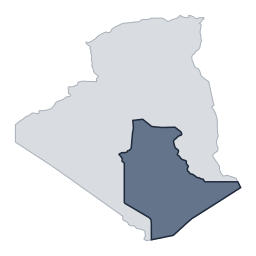 where Tamanghasset sits in Algeria
{"feature_id": "DZA-2189", "entity_name": "Tamanghasset", "entity_type": "Province", "adm_level": 1, "iso_a3": "DZA", "parent_name": "Algeria", "parent_adm1": "", "projection": "mercator", "projection_center": [6.568, 24.092], "detail": "fine", "context": "in_parent", "style": "filled", "palette": "slate", "viewbox_px": 256, "rotation_deg": 0, "n_neighbors": 0, "source": "natural_earth", "source_scale": "10m", "svg_char_len": 6785}
<svg xmlns="http://www.w3.org/2000/svg" viewBox="0 0 256 256"><path d="M203.6,17.5L203.9,18.2L203.9,18.9L202.9,19.5L202.2,19.9L201.4,21.6L199.9,22.8L199.6,23.2L199.6,23.5L200.6,24.0L201.0,24.6L201.2,25.2L200.7,27.7L200.0,32.0L200.0,32.9L200.4,34.0L200.8,34.9L200.9,35.8L200.8,38.2L201.3,39.6L201.6,40.9L200.8,42.5L200.4,43.9L200.1,45.9L200.0,47.1L199.4,48.3L198.7,49.4L197.8,50.1L196.8,50.7L195.6,51.4L194.6,53.5L192.5,55.2L192.0,55.8L191.8,57.2L191.9,59.0L192.3,60.6L193.3,62.8L194.2,65.2L194.4,66.4L194.8,66.9L196.0,67.7L198.2,68.8L198.6,69.2L199.6,70.9L200.7,73.9L201.0,75.8L204.8,78.9L208.5,81.5L208.7,81.9L210.7,90.9L211.4,94.1L213.9,105.4L212.8,106.1L211.6,106.9L212.5,108.4L214.2,110.9L215.2,112.9L215.6,113.8L216.4,116.2L217.0,118.6L217.2,119.4L217.4,121.3L217.2,126.3L217.6,132.7L218.2,135.9L217.3,138.8L216.4,141.5L216.5,142.9L216.9,145.0L217.4,146.6L218.0,147.4L217.9,150.1L217.6,151.0L215.7,152.4L213.6,153.7L213.0,154.8L212.9,156.0L213.1,156.9L219.2,165.8L219.4,166.7L219.5,169.2L220.5,172.4L221.5,173.7L222.0,174.7L222.7,175.5L223.5,176.0L224.0,176.1L226.6,175.2L231.3,176.6L235.6,178.1L235.9,178.3L238.4,183.1L240.6,187.6L191.7,218.7L186.3,223.4L173.7,234.9L172.8,235.5L156.2,238.8L147.6,240.5L147.2,240.6L146.7,240.6L146.3,240.6L145.6,240.3L144.7,239.6L144.1,239.3L144.0,238.7L144.3,238.0L144.7,237.4L144.9,236.9L145.2,236.5L145.6,236.2L145.6,235.7L145.3,235.0L145.0,234.0L145.0,232.2L145.0,231.3L144.2,230.6L142.7,229.9L141.3,229.4L140.7,229.3L139.2,229.0L137.1,228.5L136.3,228.2L135.0,226.5L134.3,226.0L131.1,225.7L130.1,225.4L129.2,225.0L128.5,224.5L128.1,223.6L127.9,222.8L127.6,222.4L124.2,220.6L123.3,220.0L122.8,219.4L122.8,218.5L122.9,217.5L122.7,216.5L122.6,216.1L60.8,172.2L57.5,169.9L49.9,164.7L15.4,142.1L15.4,125.6L15.4,124.7L15.6,124.4L16.7,123.7L18.5,122.3L19.1,121.7L19.9,121.1L22.8,119.2L23.4,118.7L26.2,116.5L26.9,116.2L28.4,115.9L29.1,115.5L29.9,114.7L31.2,113.7L32.0,113.2L32.7,113.0L35.3,113.3L36.4,113.5L37.7,113.7L38.1,113.6L38.5,113.3L39.0,112.6L39.1,111.8L39.1,111.0L39.2,110.7L39.4,110.6L40.0,110.6L40.7,110.7L42.3,110.7L42.8,110.6L44.6,110.4L47.1,110.0L50.6,108.9L52.3,107.6L53.6,106.2L54.9,104.2L55.9,102.4L58.0,101.3L59.7,100.7L60.7,100.4L62.9,99.5L66.6,96.8L69.7,96.4L70.1,96.1L70.5,95.6L70.5,94.8L70.0,94.2L69.4,93.9L68.9,93.6L68.5,93.5L68.3,93.1L68.4,92.4L68.5,91.7L68.7,91.0L68.7,90.1L68.2,89.1L68.1,88.4L68.1,87.7L68.3,87.2L69.0,86.8L69.7,86.7L70.8,86.9L72.6,86.7L77.2,85.0L77.5,84.5L77.8,83.3L78.1,82.3L78.6,82.0L78.8,81.9L82.6,81.2L83.4,81.2L90.3,81.5L96.2,81.7L96.7,81.5L96.7,80.7L96.3,79.4L96.6,78.5L97.4,77.7L98.5,76.8L98.0,75.7L97.1,75.0L95.9,74.1L95.3,73.8L94.3,72.7L93.6,71.5L93.2,69.0L92.4,67.5L91.8,65.8L92.3,62.5L91.5,60.6L91.4,59.7L91.4,58.7L91.6,57.0L91.5,54.5L90.5,52.0L91.0,51.1L91.2,50.7L91.1,50.3L90.3,49.5L89.9,48.8L90.1,48.2L90.5,47.3L90.5,46.9L89.1,45.8L86.8,44.0L86.2,43.2L85.9,42.2L88.1,42.5L89.2,42.4L91.8,41.2L93.9,39.6L95.5,38.7L96.9,37.0L98.2,35.9L100.1,34.7L105.4,32.1L106.3,32.1L108.0,32.6L109.6,32.5L110.6,31.6L111.7,29.4L113.5,28.0L115.7,26.7L118.7,25.4L120.7,24.2L123.8,23.2L131.6,22.5L135.6,21.9L138.4,22.1L141.1,20.2L142.5,19.6L148.5,19.4L151.3,18.1L162.0,18.1L163.3,18.5L164.6,19.3L166.8,21.0L167.8,21.4L169.3,21.1L172.5,19.4L176.2,18.5L178.2,17.5L179.1,16.0L180.8,15.5L181.8,16.6L185.6,17.7L188.0,17.4L189.0,17.1L188.7,15.4L191.2,15.8L193.1,16.6L195.1,18.3L196.4,18.6L198.7,17.9L203.6,17.5Z" fill="#d9dde1" stroke="#a8b0b8" stroke-width="1"/><path d="M240.6,187.6L239.9,188.1L239.2,188.5L238.4,189.0L237.7,189.5L236.9,190.0L236.2,190.4L235.4,190.9L234.7,191.4L234.0,191.9L233.2,192.3L232.5,192.8L231.7,193.3L231.0,193.8L230.2,194.2L229.5,194.7L228.8,195.2L228.0,195.7L227.3,196.1L226.5,196.6L225.8,197.1L225.1,197.6L224.3,198.0L223.6,198.5L222.8,199.0L222.1,199.5L221.3,199.9L220.6,200.4L219.9,200.9L219.1,201.4L218.4,201.8L217.6,202.3L216.9,202.8L216.1,203.2L215.4,203.7L214.7,204.2L213.9,204.7L213.2,205.1L212.4,205.6L211.7,206.1L210.9,206.6L210.2,207.0L209.5,207.5L208.7,208.0L208.0,208.4L207.2,208.9L206.5,209.4L205.8,209.9L205.0,210.3L204.3,210.8L203.5,211.3L202.8,211.7L202.0,212.2L201.3,212.7L200.6,213.1L199.8,213.6L199.1,214.1L198.3,214.6L197.6,215.0L196.8,215.5L196.1,216.0L195.4,216.4L194.6,216.9L193.9,217.4L193.1,217.8L191.7,218.7L190.6,219.7L189.8,220.4L189.1,221.0L188.3,221.7L187.5,222.4L186.7,223.1L186.3,223.5L185.6,224.1L184.9,224.7L184.2,225.3L183.6,226.0L182.9,226.6L182.2,227.2L181.5,227.9L180.8,228.5L180.1,229.1L179.4,229.8L178.7,230.4L178.1,231.0L177.4,231.6L176.7,232.3L176.0,232.9L175.3,233.5L174.6,234.2L173.8,234.9L173.3,235.3L172.8,235.5L171.4,235.7L170.3,236.0L167.9,236.4L165.5,236.9L164.4,237.2L162.4,237.6L160.3,238.0L158.3,238.4L156.2,238.8L154.3,239.2L152.5,239.6L151.4,239.8L151.4,239.7L151.3,222.5L151.0,219.8L150.2,218.7L149.1,217.6L125.0,203.4L124.5,202.7L124.3,202.3L124.3,163.3L124.3,163.1L124.1,162.9L122.3,161.5L122.1,161.2L122.0,160.9L122.2,159.7L122.2,159.0L122.1,158.7L122.0,158.3L121.9,158.1L120.2,155.7L119.2,154.8L119.1,154.6L119.2,154.2L119.4,153.9L119.5,153.9L120.0,153.6L120.8,153.3L121.5,152.8L121.6,152.7L122.5,152.6L123.1,152.7L123.3,152.7L123.7,152.6L123.8,152.6L125.3,152.6L126.3,152.3L126.6,152.1L126.8,152.0L127.1,151.7L127.8,150.7L128.1,150.6L129.2,150.4L129.3,150.4L130.0,149.6L130.4,149.3L130.8,148.8L131.0,148.5L131.2,148.2L131.2,147.9L132.6,132.4L133.2,129.7L133.4,127.2L132.8,120.4L142.7,119.3L151.7,126.5L161.9,127.5L175.0,127.2L180.4,131.5L181.1,132.2L181.5,133.1L181.7,134.6L181.3,135.0L178.3,136.2L175.6,138.8L174.8,139.3L174.1,140.0L173.8,140.6L173.5,141.6L173.8,143.1L175.0,147.3L175.2,147.6L175.6,148.1L177.8,149.7L178.2,150.1L178.4,150.5L178.5,150.8L178.5,151.0L178.5,151.3L178.5,151.5L177.6,153.7L177.5,154.0L177.4,154.2L177.4,154.6L177.4,154.8L177.5,154.9L177.5,155.0L178.8,155.7L181.2,158.8L181.3,159.0L181.5,159.1L182.7,159.6L183.0,159.8L183.3,159.9L186.0,160.7L186.1,161.0L186.3,161.5L186.4,163.8L187.6,165.3L187.9,165.7L188.1,165.9L188.2,166.1L188.3,166.2L188.3,166.4L188.3,166.5L188.2,166.8L187.7,167.6L187.4,168.3L187.4,168.5L187.4,169.8L187.6,170.8L187.8,171.1L188.0,171.3L188.7,171.7L188.9,171.9L189.0,172.1L189.3,172.7L189.7,173.1L189.8,173.3L190.1,173.5L190.3,173.7L190.4,173.8L190.5,173.8L190.9,174.0L191.4,174.0L191.8,174.0L192.0,174.0L192.3,174.3L192.6,174.4L192.7,174.5L192.8,174.6L193.0,174.7L193.3,174.7L193.5,174.8L193.9,175.1L194.0,175.3L194.6,175.7L194.9,175.8L195.0,175.8L195.6,176.5L195.8,176.6L196.0,176.7L196.1,176.8L196.3,177.1L196.5,177.2L196.8,177.4L197.6,177.6L198.1,177.6L198.4,177.6L199.2,177.9L199.6,178.2L199.8,178.2L200.1,178.3L200.6,178.6L201.6,179.0L202.5,179.1L202.8,179.1L203.0,179.1L203.3,179.4L203.4,179.6L203.9,180.6L204.2,181.0L204.5,181.3L204.8,181.7L204.9,181.8L205.0,181.8L237.8,181.8L239.0,184.3L239.8,185.9L240.6,187.6Z" fill="#64748b" stroke="#1e293b" stroke-width="1.5"/></svg>